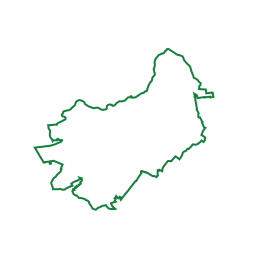 Cerro Azul, Veracruz, Mexico, rotated 117°
{"feature_id": "50627088B61816246956144", "entity_name": "Cerro Azul", "entity_type": "district", "adm_level": 2, "iso_a3": "MEX", "parent_name": "Mexico", "parent_adm1": "Veracruz", "projection": "mercator", "projection_center": [-97.762, 21.185], "detail": "fine", "context": "isolated", "style": "outline", "palette": "green", "viewbox_px": 256, "rotation_deg": 117, "n_neighbors": 0, "source": "geoboundaries", "source_scale": "gbopen_adm2", "svg_char_len": 5780}
<svg xmlns="http://www.w3.org/2000/svg" viewBox="0 0 256 256"><g transform="rotate(117 128 128)"><path d="M205.9,102.6L205.8,103.5L205.6,103.8L205.4,104.9L205.1,105.3L204.9,106.4L204.2,107.3L202.9,109.0L202.5,108.8L199.3,105.6L199.2,106.8L196.8,106.7L196.6,107.6L196.4,107.6L196.4,107.9L195.9,107.6L194.0,107.6L195.0,104.8L193.9,104.2L193.1,104.1L193.1,103.0L193.0,102.6L194.1,102.8L194.5,102.9L195.3,101.8L190.0,100.8L187.3,100.4L187.2,100.3L187.2,100.2L185.9,99.9L172.1,97.3L171.9,97.2L171.7,96.8L171.5,96.7L169.3,96.4L168.3,96.5L166.2,96.2L162.2,95.6L161.1,95.8L161.3,96.4L160.8,96.7L160.1,96.4L160.1,95.9L159.9,95.3L159.8,93.6L159.8,92.9L159.4,92.8L159.2,91.5L159.5,91.0L159.3,90.5L159.2,89.0L159.6,86.4L159.6,83.6L158.9,83.2L158.8,80.3L157.9,80.4L157.7,80.0L156.5,79.9L155.7,80.6L154.4,81.4L152.2,82.3L152.2,81.1L151.1,81.2L151.0,78.0L148.1,78.9L147.1,78.8L146.3,78.7L145.4,78.7L144.4,78.4L140.2,77.7L139.2,77.3L138.8,76.6L138.1,74.5L131.7,72.8L132.5,68.0L132.2,68.0L131.7,67.8L130.7,67.7L129.4,67.6L128.5,67.4L126.0,67.8L125.1,67.9L124.7,67.8L123.9,67.5L123.1,67.0L122.6,66.5L122.3,66.1L119.5,65.6L119.4,64.5L118.2,64.2L115.8,63.3L113.3,62.9L112.6,61.3L112.4,60.6L112.1,60.0L110.7,58.8L110.3,58.3L109.3,58.1L108.0,57.3L105.8,56.8L106.2,54.4L105.7,54.3L105.5,54.1L105.2,54.2L104.3,53.9L102.8,54.7L102.5,54.6L101.7,54.7L101.3,55.4L100.9,58.8L100.9,59.4L96.1,59.8L92.8,59.1L92.9,60.2L92.7,60.7L92.4,61.2L91.1,62.6L90.8,63.0L89.7,64.5L88.8,64.3L88.4,65.4L87.6,66.2L87.1,67.1L85.9,68.6L86.2,69.0L86.4,69.6L86.4,70.2L84.1,71.5L82.8,71.7L81.8,73.2L80.6,74.8L80.5,74.6L69.6,82.8L69.7,83.0L68.3,83.6L67.4,84.5L67.5,83.2L67.3,82.2L68.8,81.7L68.2,80.8L69.8,79.6L65.6,73.8L66.0,73.5L62.8,69.1L63.4,68.6L61.6,66.0L58.3,68.4L58.9,69.2L58.4,69.6L61.6,73.9L58.4,76.2L61.1,82.4L60.6,82.6L59.9,82.6L59.1,83.3L58.0,83.4L57.0,83.1L55.9,83.2L55.2,83.5L54.7,85.5L54.3,86.5L53.7,87.5L53.3,89.5L53.3,91.1L53.5,92.0L52.9,92.7L51.5,93.8L50.7,95.0L49.7,96.0L48.6,97.4L47.5,98.2L45.1,100.7L44.5,102.0L44.2,103.5L43.3,106.0L42.7,107.3L42.3,108.5L41.9,109.0L40.7,110.2L39.8,111.3L39.4,112.2L39.7,115.0L40.1,116.1L40.3,117.7L40.2,119.2L39.8,121.8L39.6,124.2L39.4,125.5L39.3,126.9L39.3,128.1L39.7,128.8L40.5,129.2L41.5,129.0L41.9,129.5L42.4,129.8L43.5,129.9L44.4,129.9L45.1,130.1L45.9,130.8L46.1,131.5L46.6,132.0L47.6,132.4L48.3,133.2L49.2,133.8L52.1,134.5L54.0,134.8L55.8,134.6L58.3,133.7L59.1,132.9L60.1,132.5L62.7,131.9L63.7,131.9L64.4,131.5L65.2,130.8L66.0,130.2L66.5,129.5L67.2,128.9L68.2,128.4L69.3,128.4L70.2,128.7L71.8,129.1L73.1,128.9L74.2,128.5L75.1,128.3L76.0,128.4L77.1,129.0L77.7,128.9L78.5,128.9L80.2,129.0L81.9,128.9L83.2,128.6L84.4,128.6L85.3,128.1L86.1,128.0L86.7,128.2L87.2,128.6L87.4,129.3L89.5,130.0L90.4,131.1L91.4,132.0L96.9,135.0L98.2,136.4L99.2,138.5L98.6,138.6L98.2,139.1L98.3,139.8L99.2,140.1L100.1,140.9L100.8,141.9L103.1,142.7L104.4,143.0L105.2,143.4L106.1,144.6L107.2,145.6L107.8,147.5L108.7,148.2L109.8,148.7L110.7,149.4L111.7,149.7L112.7,149.8L113.8,150.3L115.0,151.1L115.2,152.3L114.7,153.0L115.1,154.0L115.3,155.0L116.5,156.3L118.0,156.8L119.2,156.4L119.9,155.9L120.8,155.8L121.8,156.6L123.3,158.8L123.7,160.2L123.7,161.5L123.5,162.6L123.5,163.4L123.7,164.3L124.2,165.4L125.0,166.4L125.9,167.4L126.3,169.4L126.4,171.2L126.6,172.5L126.6,173.7L126.4,175.3L126.1,177.2L125.2,178.4L124.6,179.6L124.8,182.5L125.2,183.9L126.0,184.8L126.7,185.4L127.9,186.1L129.5,186.1L131.0,185.8L132.2,185.8L135.7,187.2L137.7,187.8L138.4,188.3L139.4,189.3L139.6,189.7L140.6,190.8L141.6,192.2L142.7,193.0L144.8,192.6L145.4,193.0L146.4,193.0L147.4,191.6L146.9,190.1L146.9,189.6L147.1,188.5L148.0,187.8L148.8,187.8L149.4,188.1L149.8,188.5L150.6,189.2L151.1,189.3L152.1,190.0L152.3,190.3L152.6,190.4L155.2,192.5L156.7,193.2L157.3,192.9L158.7,195.5L159.0,195.9L159.8,197.1L161.8,200.4L163.6,199.0L164.3,198.6L165.0,197.7L165.2,196.8L166.1,196.0L167.4,195.4L168.5,195.1L170.0,194.3L171.1,193.4L171.9,192.4L172.8,190.2L173.7,189.5L173.9,189.2L173.0,189.2L172.3,187.9L171.2,185.6L170.6,185.7L170.4,185.8L170.3,186.0L170.0,186.1L169.6,185.8L169.5,185.5L169.5,185.1L170.0,184.2L169.8,183.6L169.6,182.7L168.7,181.7L168.8,181.2L169.7,181.2L170.9,181.5L173.9,184.2L175.6,185.5L177.5,187.6L178.5,188.4L183.3,195.4L185.6,198.9L186.1,199.7L187.8,202.1L191.3,196.5L193.1,193.8L195.4,190.0L197.1,187.4L196.2,186.1L195.9,186.3L193.5,182.8L195.4,181.4L194.7,180.5L192.8,181.9L191.0,179.4L190.5,172.7L190.3,169.7L192.6,169.6L193.8,169.4L194.9,169.4L194.9,168.6L197.6,168.3L198.3,168.6L201.0,169.7L202.5,170.1L204.1,170.3L204.6,170.4L205.5,171.0L206.5,171.4L207.7,171.6L211.7,171.6L212.9,170.6L214.6,168.6L215.5,167.8L216.7,167.0L215.6,165.2L214.4,162.7L213.4,161.3L213.1,160.8L212.9,159.8L212.7,158.2L212.5,157.8L211.7,156.6L211.3,156.3L210.0,155.7L206.8,153.3L206.3,153.0L206.0,152.8L205.2,151.8L204.7,151.3L203.3,153.2L201.9,152.5L200.1,151.4L198.9,150.3L197.7,149.1L195.5,147.7L194.7,148.1L194.3,148.7L194.0,146.8L193.8,146.4L195.7,145.3L195.8,145.2L196.8,145.6L198.0,145.9L198.2,145.5L199.0,144.8L199.4,144.9L199.7,145.1L200.2,145.7L200.8,146.1L201.0,145.6L202.0,146.0L203.1,146.5L203.2,147.0L203.1,147.4L203.3,147.4L204.0,147.1L204.3,147.1L204.2,148.0L204.5,148.2L205.3,147.6L205.9,148.0L206.5,148.3L206.7,148.7L207.4,149.2L207.7,149.0L207.8,147.8L208.3,148.3L208.5,148.3L209.5,148.9L210.3,148.1L210.8,147.3L211.5,146.7L211.9,145.0L212.0,144.3L211.4,142.9L211.9,141.8L212.6,139.8L212.0,138.8L211.5,137.3L210.9,134.2L211.4,132.7L211.1,131.6L211.1,130.4L211.7,129.1L212.9,128.1L214.3,125.3L215.4,123.6L215.9,123.1L215.9,122.0L215.4,119.5L214.6,119.2L214.1,119.1L212.9,118.5L212.5,118.2L211.5,117.2L211.3,117.0L210.8,116.8L209.2,115.6L208.1,114.3L206.8,112.7L207.3,112.0L208.3,109.4L208.4,108.5L208.1,106.9L207.0,104.5L206.6,103.6L206.3,103.0L205.9,102.6Z" fill="none" stroke="#15803d" stroke-width="2"/></g></svg>